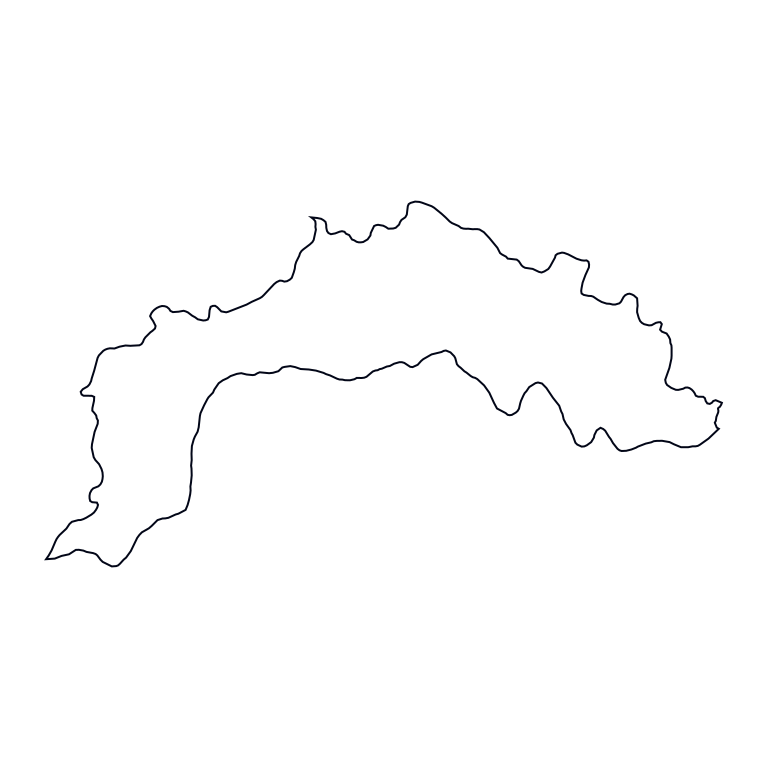 outline of VII-1 Cuyuni, Cuyuni-Mazaruni, Guyana
{"feature_id": "73187651B99697298922199", "entity_name": "VII-1 Cuyuni", "entity_type": "district", "adm_level": 2, "iso_a3": "GUY", "parent_name": "Guyana", "parent_adm1": "Cuyuni-Mazaruni", "projection": "natural_earth1", "projection_center": [-59.979, 6.583], "detail": "fine", "context": "isolated", "style": "outline", "palette": "ink", "viewbox_px": 768, "rotation_deg": 0, "n_neighbors": 0, "source": "geoboundaries", "source_scale": "gbopen_adm2", "svg_char_len": 6062}
<svg xmlns="http://www.w3.org/2000/svg" viewBox="0 0 768 768"><path d="M668.8,336.7L666.6,333.5L662.0,331.7L660.1,329.7L661.8,324.1L660.4,322.2L658.3,322.3L656.0,322.8L651.6,325.2L649.0,325.4L644.1,324.2L641.8,322.8L640.1,321.0L638.7,317.8L637.1,312.2L637.2,308.8L637.6,305.8L637.1,298.3L633.8,295.4L631.8,294.4L629.6,293.7L627.6,294.0L625.2,295.2L623.5,297.1L621.0,301.7L619.4,303.3L615.4,304.5L612.6,304.5L609.8,303.8L606.6,303.6L601.7,302.0L597.8,299.8L593.3,296.7L591.2,296.0L588.5,295.9L583.7,294.9L581.6,293.5L581.2,291.0L581.5,288.5L582.6,282.7L585.4,275.1L588.9,267.4L589.1,264.6L588.5,261.8L586.6,260.4L584.1,260.6L581.5,260.3L576.5,258.7L568.2,254.4L564.1,252.9L562.0,252.6L557.5,253.8L555.6,255.3L555.0,257.6L550.1,266.5L548.3,269.0L544.4,271.4L541.6,272.5L539.0,271.9L532.7,268.9L525.1,267.8L523.2,266.8L521.6,265.4L518.8,261.2L516.7,259.6L507.7,258.6L506.1,256.7L502.0,254.5L500.1,253.1L497.4,247.8L489.5,238.2L483.9,232.2L479.5,229.5L477.1,229.1L472.4,229.2L468.1,228.7L466.1,228.8L463.5,228.6L461.1,227.9L458.6,226.0L452.0,223.1L449.7,221.5L445.8,217.6L441.6,213.8L434.1,207.7L431.6,206.2L421.8,202.6L419.3,201.9L415.1,201.6L410.6,202.9L408.7,204.1L407.8,206.2L406.8,214.6L405.3,217.3L401.5,219.9L400.0,222.2L399.1,224.6L395.7,227.8L393.2,228.5L388.3,228.7L385.8,227.0L383.2,225.7L378.0,224.8L376.0,225.2L374.1,226.0L370.8,232.9L370.4,235.5L367.6,239.4L363.2,242.0L361.1,242.3L358.6,242.3L356.6,241.8L354.2,240.3L352.0,239.5L349.2,235.1L346.0,233.7L344.5,231.8L342.0,231.2L339.6,231.7L335.2,233.4L330.9,234.2L328.4,233.0L327.0,231.0L326.3,227.8L326.2,224.8L325.5,221.9L323.5,220.2L321.1,218.8L317.1,218.0L311.3,217.4L313.6,219.2L315.3,221.3L315.6,224.1L315.4,226.9L315.9,229.7L313.7,239.9L312.4,242.1L309.9,244.4L303.4,249.3L301.5,251.0L300.0,253.3L299.2,255.9L296.2,261.9L295.2,265.1L294.8,268.6L293.8,272.2L291.8,277.8L289.9,279.6L287.0,281.2L284.3,281.6L282.1,280.8L279.8,280.6L276.6,282.1L274.1,284.1L263.8,295.1L261.9,296.9L259.8,298.2L251.8,301.8L246.6,304.6L228.4,311.7L226.2,312.3L221.3,311.4L217.2,307.2L215.1,305.8L212.8,305.9L210.7,306.8L209.6,310.2L209.0,316.9L207.8,319.5L205.5,320.3L203.2,320.5L197.8,319.3L195.1,317.3L192.2,315.7L187.9,312.4L185.7,311.4L183.6,310.8L178.5,311.7L172.9,312.1L170.4,310.9L169.1,308.8L166.8,306.9L164.6,306.2L162.0,306.0L159.5,306.7L156.9,307.9L154.4,309.7L152.7,311.4L151.3,313.4L150.1,316.1L151.3,318.4L153.1,321.0L155.6,326.0L155.0,328.5L152.5,330.8L150.4,332.3L145.4,337.3L143.9,339.5L143.0,341.9L141.5,344.1L139.4,345.3L130.3,345.8L125.5,345.5L119.5,346.7L114.5,348.5L109.9,348.3L107.4,348.8L105.3,349.6L103.3,350.8L98.9,355.4L97.6,357.9L94.2,370.6L91.7,378.5L91.1,381.1L89.4,384.5L87.5,386.5L82.8,389.2L80.7,391.8L81.6,394.5L83.5,395.7L91.7,395.8L94.2,396.9L94.0,400.8L92.4,408.1L92.3,410.7L94.3,412.9L96.2,415.5L96.7,418.2L97.9,420.5L97.7,423.8L94.6,431.9L92.0,444.2L91.7,447.9L93.7,457.2L95.4,460.1L99.1,464.2L101.5,469.0L102.5,472.4L102.8,476.3L102.5,479.0L101.9,481.7L100.4,484.4L98.4,486.3L93.2,488.4L91.5,490.2L90.0,493.1L89.5,495.9L89.6,498.5L90.2,501.0L92.2,502.2L96.9,502.6L98.0,504.9L97.3,507.4L96.0,509.8L94.0,512.5L91.4,514.6L86.3,517.7L83.4,519.1L80.7,520.0L78.2,520.1L71.9,521.8L69.5,524.0L66.4,528.6L59.6,535.0L57.9,537.1L56.5,539.2L55.3,541.7L51.6,550.4L48.7,555.5L46.1,559.2L54.8,558.6L61.6,555.9L69.0,554.3L75.8,549.9L78.9,549.8L83.4,550.6L86.5,551.9L93.1,553.1L95.6,554.0L97.3,555.4L100.5,559.7L102.7,561.9L111.8,566.4L116.2,566.1L118.1,565.4L120.0,563.7L123.7,559.6L126.1,557.6L130.8,551.1L137.2,537.9L139.4,534.9L141.9,532.3L148.9,528.3L151.7,525.9L157.5,520.1L162.5,518.5L165.2,518.4L168.4,517.8L175.6,514.5L178.4,513.7L185.6,509.9L187.6,505.0L189.0,500.0L190.2,494.1L190.6,490.5L190.4,486.4L191.0,482.6L191.7,475.4L191.5,468.5L191.1,465.6L191.7,460.1L191.5,453.7L191.9,446.0L193.7,439.5L194.9,436.6L197.6,431.7L198.7,427.3L199.9,416.0L200.5,413.2L204.1,405.3L207.3,399.2L208.5,397.3L213.0,392.6L214.3,389.6L218.7,383.2L222.8,380.3L227.5,378.1L230.5,376.1L236.8,373.9L239.2,373.5L241.3,373.2L246.6,374.5L252.7,375.1L254.8,374.8L257.3,373.3L259.7,372.3L269.1,373.2L272.9,372.8L278.4,371.2L282.3,367.5L284.6,366.9L290.3,366.1L295.2,367.1L300.6,369.0L308.8,369.5L316.0,370.6L323.6,372.9L326.0,374.1L330.0,375.4L337.0,378.7L339.5,379.5L342.4,379.6L345.0,380.2L349.9,380.3L354.5,379.2L356.8,377.9L361.5,378.0L364.2,377.7L366.5,376.8L372.8,371.5L375.4,370.5L377.7,370.2L379.7,369.1L381.8,368.7L386.9,366.5L389.8,366.0L394.1,363.7L399.4,362.2L401.9,362.2L404.3,362.9L410.2,366.8L412.6,367.1L417.7,364.8L421.1,361.0L423.2,359.2L431.6,354.4L441.5,352.0L443.7,350.9L445.9,350.5L450.5,352.4L454.2,356.2L455.3,358.2L456.9,364.2L458.5,366.1L460.7,367.8L464.4,371.3L466.5,372.6L470.7,376.0L472.7,377.2L475.2,377.9L477.3,379.1L484.1,385.4L489.3,392.7L494.0,402.9L497.0,408.5L505.7,413.1L507.6,414.8L509.7,415.2L511.8,414.9L515.8,412.6L517.6,411.0L519.0,408.7L520.2,403.4L521.0,400.8L523.3,395.7L524.6,393.2L526.5,391.1L529.2,387.1L535.5,383.1L538.0,382.5L542.0,383.5L546.4,388.0L552.9,397.7L559.2,405.7L561.2,411.5L562.5,414.0L563.7,419.4L566.1,424.0L570.5,430.1L571.5,433.0L572.7,435.2L575.4,442.7L577.3,444.6L581.6,446.6L584.3,446.4L586.8,445.3L591.2,442.1L593.9,437.6L594.4,435.0L596.7,430.4L600.5,427.8L603.2,429.0L605.2,430.7L609.0,436.9L610.6,438.9L613.0,443.1L617.5,448.8L619.5,450.3L621.6,451.0L626.2,450.8L631.4,449.5L636.0,447.7L637.9,446.6L645.7,443.6L651.3,442.3L653.8,441.2L656.7,440.9L662.1,440.8L669.6,442.1L674.0,444.3L681.0,447.2L688.2,447.2L692.7,446.3L695.7,446.3L697.8,445.9L699.8,444.8L708.5,438.6L718.8,428.8L716.8,427.6L714.8,422.7L715.8,420.9L716.4,416.9L718.2,412.4L718.4,410.8L718.0,408.7L718.4,407.8L719.8,406.9L721.2,404.7L721.9,402.8L715.7,400.2L713.3,401.0L711.9,402.7L709.8,403.9L707.3,403.4L705.7,401.0L704.9,398.2L703.2,396.8L698.1,396.7L695.8,395.7L694.7,393.3L693.4,391.4L691.7,389.6L689.5,388.1L687.6,387.5L685.3,387.6L683.3,388.7L678.3,389.9L675.8,389.8L671.3,387.9L667.1,385.0L665.8,382.8L665.2,379.8L669.4,367.9L671.4,358.7L671.6,355.7L671.6,347.7L671.4,345.3L670.4,343.1L670.1,339.5L668.8,336.7Z" fill="none" stroke="#020617" stroke-width="2"/></svg>